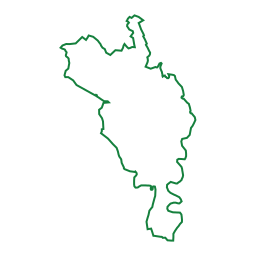 Janub Al Jazirah, Gezira, Sudan
{"feature_id": "16777658B42826552417214", "entity_name": "Janub Al Jazirah", "entity_type": "district", "adm_level": 2, "iso_a3": "SDN", "parent_name": "Sudan", "parent_adm1": "Gezira", "projection": "orthographic", "projection_center": [33.449, 14.094], "detail": "fine", "context": "isolated", "style": "outline", "palette": "green", "viewbox_px": 256, "rotation_deg": 0, "n_neighbors": 0, "source": "geoboundaries", "source_scale": "gbopen_adm2", "svg_char_len": 3727}
<svg xmlns="http://www.w3.org/2000/svg" viewBox="0 0 256 256"><path d="M66.2,44.0L62.5,45.5L60.6,47.7L61.4,48.2L62.2,48.7L63.4,49.0L64.0,49.2L64.7,49.5L65.1,50.0L65.5,50.9L66.6,52.3L66.3,53.6L65.8,55.2L66.1,56.3L66.7,56.8L67.5,57.3L68.6,58.5L68.8,60.6L69.3,63.0L68.3,68.6L65.7,70.8L64.5,75.3L65.3,77.1L68.2,77.1L70.5,78.6L73.2,80.4L76.5,85.0L95.4,95.5L96.0,94.8L96.9,95.3L96.8,96.4L98.6,97.5L101.3,99.4L104.1,101.2L107.7,101.3L108.8,102.4L103.5,102.9L101.8,107.7L99.1,109.8L99.2,114.1L102.0,118.2L103.0,121.4L103.4,129.0L101.8,129.3L101.8,131.3L101.4,132.4L101.0,133.2L107.9,138.5L109.0,139.7L112.8,144.0L116.6,147.8L117.9,151.4L118.6,154.6L119.3,156.6L120.2,157.8L121.2,159.3L121.7,162.9L123.3,166.2L123.9,167.5L123.9,168.4L124.5,169.1L128.0,170.5L129.0,170.9L130.0,171.3L133.1,171.7L134.9,172.0L135.3,171.5L136.4,172.7L136.8,174.1L136.2,175.4L134.3,177.4L134.1,180.8L134.1,184.3L134.4,186.3L135.5,187.6L137.0,187.6L138.1,187.3L139.1,186.5L141.2,185.4L145.2,185.4L147.0,185.5L148.6,185.5L150.5,185.8L151.0,186.2L151.2,186.9L150.9,187.6L150.7,188.5L150.8,189.2L151.2,189.8L152.2,189.7L152.7,189.0L152.7,188.0L152.8,187.0L153.1,186.5L153.9,186.4L154.9,186.6L155.5,189.5L155.2,196.0L154.6,197.8L152.8,204.5L152.3,207.1L151.4,208.1L149.4,210.7L148.5,215.0L147.6,217.8L146.5,221.7L147.6,229.2L151.1,228.6L152.2,231.8L153.4,235.8L154.1,235.8L160.6,236.8L161.5,236.8L162.2,237.1L162.7,237.8L165.3,237.7L167.5,240.3L171.3,240.6L173.2,240.6L173.4,237.2L173.4,233.8L174.9,231.1L175.3,230.5L176.1,229.3L177.2,227.7L178.6,226.1L179.2,225.2L180.0,224.0L181.9,222.0L182.0,219.9L181.9,218.8L181.7,216.6L181.4,214.5L180.0,212.6L177.4,212.5L172.9,212.3L171.9,212.0L171.3,211.8L170.4,211.5L168.3,210.8L167.3,208.8L167.5,206.8L168.9,205.2L170.5,203.6L172.2,203.1L173.5,202.7L175.8,202.7L177.5,203.2L178.4,203.4L179.4,203.4L181.6,201.4L180.8,199.3L179.3,197.2L176.7,195.9L175.8,195.4L174.1,194.7L170.4,192.8L168.2,190.7L167.6,189.0L166.9,187.4L167.1,184.8L168.4,183.7L168.9,183.3L170.7,181.9L172.0,182.3L173.4,182.7L175.4,183.3L176.2,183.5L177.4,183.4L177.8,182.9L178.9,182.1L179.7,181.7L181.6,179.9L181.9,178.8L182.3,178.0L182.7,177.2L183.1,175.3L182.7,172.8L182.5,171.6L182.3,170.6L182.1,168.9L181.5,166.9L179.6,164.7L177.1,161.9L177.3,159.7L178.7,158.9L181.4,159.0L184.7,159.3L185.4,158.2L186.1,156.2L186.1,154.9L186.1,153.5L185.8,150.5L182.1,145.8L181.3,141.4L182.2,138.9L186.9,137.9L189.7,134.9L191.0,127.9L192.5,126.0L193.5,124.1L194.2,122.7L195.4,120.0L194.8,117.2L191.6,113.3L191.0,113.4L190.2,112.7L190.1,111.7L190.6,110.9L189.9,107.4L188.8,103.8L187.3,102.8L183.7,98.7L182.6,98.6L181.5,97.7L181.8,96.5L183.2,96.2L183.8,95.0L183.1,91.0L181.9,87.0L178.4,83.3L177.3,81.7L175.7,79.6L174.9,76.0L173.9,75.1L172.0,74.7L168.4,74.2L169.2,75.9L169.0,77.3L168.4,78.1L167.1,78.1L166.2,77.0L165.5,76.9L164.8,75.5L163.7,75.9L162.7,76.6L162.4,75.7L162.5,74.6L162.1,73.3L161.9,72.0L161.1,70.2L160.3,68.1L160.4,66.5L161.6,63.5L161.0,62.9L159.5,63.5L157.9,66.6L157.2,67.4L156.4,67.4L155.5,67.0L150.7,68.7L145.6,66.7L147.5,62.3L147.9,60.6L147.7,58.6L147.3,57.3L149.3,55.6L150.0,54.1L150.1,52.6L149.0,50.7L147.6,47.7L145.9,44.8L146.8,43.7L145.0,39.6L143.2,36.3L144.0,35.4L143.3,33.7L141.1,29.4L139.1,23.9L138.7,23.0L143.2,20.3L141.6,19.1L138.6,16.9L134.5,15.4L131.6,17.9L129.6,16.9L127.9,18.7L127.1,20.4L126.7,21.0L128.2,21.8L128.9,22.7L127.3,24.5L127.1,26.2L129.3,29.5L132.8,31.2L133.2,32.9L130.6,36.4L133.1,38.0L134.3,45.0L134.8,47.2L132.2,47.0L130.0,48.0L128.5,48.4L126.7,46.7L124.5,44.0L123.6,45.5L123.0,47.8L121.5,50.7L115.4,50.2L110.3,55.0L106.2,52.7L104.8,49.1L102.5,47.7L101.0,45.5L100.6,44.3L99.2,42.5L97.8,40.6L93.2,36.8L88.7,35.5L87.5,37.7L86.0,39.9L82.2,37.0L75.7,43.4L69.4,44.1L66.2,44.0Z" fill="none" stroke="#15803d" stroke-width="2"/></svg>